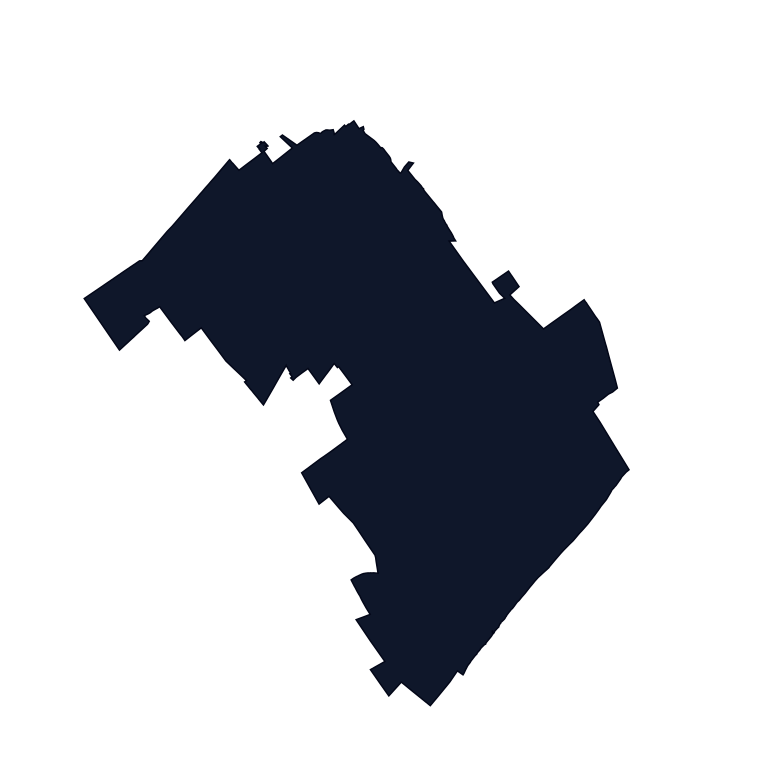 Dzidzantún, Yucatán, Mexico, rotated 138°
{"feature_id": "50627088B34380918216366", "entity_name": "Dzidzantún", "entity_type": "district", "adm_level": 2, "iso_a3": "MEX", "parent_name": "Mexico", "parent_adm1": "Yucatán", "projection": "orthographic", "projection_center": [-89.022, 21.289], "detail": "fine", "context": "isolated", "style": "filled", "palette": "ink", "viewbox_px": 768, "rotation_deg": 138, "n_neighbors": 0, "source": "geoboundaries", "source_scale": "gbopen_adm2", "svg_char_len": 5511}
<svg xmlns="http://www.w3.org/2000/svg" viewBox="0 0 768 768"><g transform="rotate(138 384 384)"><path d="M585.2,180.8L587.2,164.9L589.1,149.0L581.2,149.8L570.6,150.9L568.8,139.1L564.8,114.0L560.7,114.6L552.9,115.7L547.7,116.5L536.5,118.2L534.1,118.6L530.9,119.4L521.4,121.7L519.9,115.0L518.2,115.5L514.7,117.0L510.2,118.7L506.4,119.4L504.5,120.0L498.3,121.1L495.4,121.3L494.7,121.8L491.1,122.2L488.8,122.8L487.7,122.9L483.7,123.1L482.5,122.7L481.3,123.4L478.7,123.8L475.9,124.2L472.9,124.7L470.8,125.3L470.4,125.5L469.8,126.6L469.6,127.1L468.9,127.9L468.6,127.7L468.9,127.3L469.4,126.1L469.3,125.4L468.2,125.7L467.2,126.2L463.7,126.6L461.2,126.7L461.1,127.0L458.5,128.1L457.2,128.2L456.9,128.6L454.6,128.6L452.2,128.7L450.9,128.9L450.1,129.3L448.6,129.6L447.2,130.1L444.0,130.7L442.7,130.9L441.6,131.0L440.9,131.2L440.2,131.4L439.0,131.2L435.7,131.8L432.6,132.5L430.9,132.8L428.4,132.8L424.1,133.5L419.0,134.1L411.8,135.4L408.1,135.9L403.6,136.6L398.9,137.1L391.5,137.2L384.4,137.2L383.0,137.6L380.1,138.0L374.4,138.8L366.7,139.8L364.9,140.0L361.8,140.3L353.6,140.8L348.2,141.0L338.8,142.3L333.0,142.8L326.3,143.6L314.2,145.8L307.7,147.2L304.5,148.0L296.2,149.3L287.8,151.9L285.1,152.9L283.4,152.9L281.8,153.2L279.4,153.4L275.9,154.2L271.9,155.1L269.4,155.9L267.2,156.1L263.0,156.5L259.5,156.3L259.3,156.3L257.0,168.6L254.8,180.6L249.0,211.2L247.1,223.8L238.1,224.8L237.4,227.5L230.8,226.7L224.0,226.3L219.5,225.1L213.3,224.8L209.1,232.8L198.5,253.8L193.7,263.1L192.6,265.5L184.5,281.7L182.5,285.7L182.2,287.8L181.9,290.4L181.7,292.8L180.3,302.3L179.7,306.8L179.3,308.9L179.3,310.4L178.9,312.7L189.2,313.8L194.7,314.3L205.5,315.6L211.0,316.2L217.7,317.0L228.6,318.2L230.4,352.2L230.9,359.7L230.9,366.0L224.5,366.0L218.5,366.0L216.7,378.7L216.5,380.6L215.9,384.6L235.4,387.2L236.0,385.5L237.4,374.1L236.9,366.9L247.7,370.4L242.8,422.6L240.0,446.6L235.0,442.4L234.4,445.8L233.8,447.4L232.8,451.4L232.1,455.8L231.9,456.5L231.7,458.0L230.9,460.4L230.9,461.7L230.3,464.1L230.0,464.9L229.7,466.7L229.3,467.9L228.1,470.1L226.1,473.3L226.0,475.2L225.8,480.2L225.5,485.0L225.5,486.8L225.1,494.6L224.9,499.3L224.7,501.5L224.0,502.5L224.2,504.1L223.8,506.5L223.8,508.4L223.8,511.9L224.1,515.4L224.0,516.3L223.9,518.0L223.4,526.8L217.2,528.0L214.3,528.5L217.0,532.4L223.6,531.6L228.9,529.9L230.5,529.6L231.0,530.4L230.9,532.2L231.0,534.4L230.7,536.1L230.4,540.7L230.2,543.6L230.1,544.5L228.9,546.2L228.2,547.6L227.8,549.7L227.4,555.9L227.1,558.6L227.2,560.6L227.5,561.2L228.4,561.3L228.2,566.4L228.2,569.0L228.4,571.6L230.6,582.7L229.9,586.3L228.5,586.7L228.1,587.4L227.2,589.1L231.7,590.5L230.3,599.7L236.6,600.3L236.6,600.9L240.1,600.9L240.1,602.8L253.4,602.5L254.0,602.7L253.4,603.3L251.6,607.0L252.4,607.5L253.0,607.9L254.6,609.0L256.1,610.7L257.2,611.7L257.7,611.8L259.8,612.4L261.5,612.7L262.6,612.6L263.5,612.7L263.8,613.0L264.5,614.5L265.8,616.0L266.7,616.6L267.9,617.2L269.0,617.3L282.9,619.0L288.9,619.7L292.9,637.0L295.6,637.2L295.1,631.2L294.2,620.7L310.8,621.7L319.3,622.3L318.7,627.0L318.0,632.8L317.9,633.8L317.5,637.2L313.2,637.2L313.1,640.3L311.1,638.4L310.9,638.6L311.0,644.2L312.6,644.2L312.8,645.6L313.6,645.3L313.5,646.5L314.7,646.4L314.8,645.0L319.2,645.4L319.3,643.8L318.9,643.8L318.9,642.5L319.1,642.5L319.1,642.1L319.6,642.1L320.0,637.5L331.1,638.4L338.9,639.1L348.8,639.9L348.7,649.4L348.9,649.5L348.6,654.0L349.0,654.0L371.7,650.9L377.7,650.2L380.5,649.8L385.2,649.3L390.3,648.6L393.3,648.3L396.9,647.8L412.1,646.0L429.4,643.8L435.8,643.0L442.8,642.5L454.9,640.9L465.4,639.5L472.5,638.5L481.2,637.4L483.3,639.1L501.3,641.6L530.7,645.5L549.6,648.1L553.2,621.3L557.9,586.2L550.1,586.3L546.7,586.3L542.7,586.4L541.3,586.4L538.1,586.4L536.5,586.5L526.7,586.6L526.1,586.6L519.7,586.7L518.2,587.1L516.5,587.7L516.9,592.6L516.4,595.2L511.9,593.8L509.9,593.4L507.3,593.3L503.6,592.5L501.3,591.9L499.0,591.6L499.7,584.4L500.5,576.0L500.8,573.0L502.1,557.4L502.2,554.7L502.5,552.2L502.9,549.5L495.3,549.0L488.5,548.5L482.2,548.0L483.8,531.8L484.8,520.4L486.1,506.9L485.2,495.0L485.1,494.0L484.5,486.5L484.2,482.2L483.9,478.5L486.2,478.8L486.4,475.8L486.5,472.8L486.6,471.4L486.7,469.5L486.7,467.3L486.9,464.5L487.0,461.8L487.1,459.3L487.1,458.6L487.3,456.0L487.6,449.7L487.6,449.4L487.6,449.1L482.2,450.8L479.8,451.6L468.7,455.2L463.1,457.1L457.7,458.9L453.1,460.4L446.3,462.6L444.3,463.3L444.4,463.1L445.1,459.5L445.5,458.0L446.2,454.5L447.1,454.7L447.4,450.8L449.3,450.9L449.0,447.6L444.9,447.8L438.0,447.2L430.7,446.4L430.1,446.4L431.3,434.9L432.1,427.5L429.4,428.1L423.4,429.3L421.0,429.8L418.6,430.2L413.2,431.3L407.7,432.5L407.3,432.5L407.6,427.4L406.1,427.2L406.7,420.3L407.4,412.8L408.2,404.7L411.3,405.1L416.1,405.6L424.4,406.5L434.7,407.7L439.5,396.8L442.7,388.6L443.9,385.0L446.0,377.4L448.1,367.4L458.1,368.3L459.9,368.5L469.1,369.4L474.9,370.1L476.8,370.3L480.9,370.9L487.5,371.5L504.6,373.1L512.6,338.2L511.1,338.1L500.0,337.3L500.1,333.3L500.4,322.1L500.5,314.9L499.9,303.2L499.8,301.3L500.5,296.2L501.5,289.1L502.8,280.3L503.6,274.6L505.2,262.8L506.5,260.3L507.3,259.2L508.6,257.3L515.0,247.4L515.3,247.6L518.0,250.5L519.1,251.4L520.6,252.8L521.3,253.3L521.6,253.6L522.6,254.5L524.0,255.5L526.2,256.9L527.5,257.4L527.6,257.5L533.4,259.3L533.9,259.4L536.4,260.0L539.5,260.4L541.4,253.2L541.6,252.1L542.3,249.5L542.8,247.5L543.5,244.2L543.7,242.8L544.8,239.2L545.5,236.5L547.1,229.4L548.2,223.3L548.4,222.1L548.9,222.2L555.4,224.7L558.1,225.8L562.4,227.5L563.9,217.0L566.0,202.2L566.6,197.1L567.6,188.8L569.0,177.2L585.2,180.8Z" fill="#0f172a" stroke="#020617" stroke-width="1.5"/></g></svg>